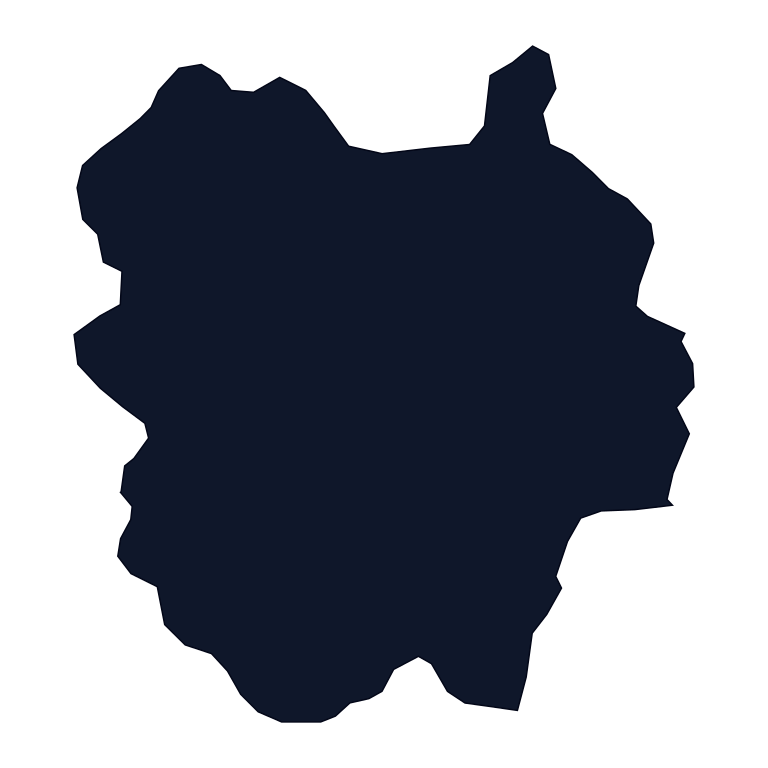 the district of Kinda, Östergötland, Sweden, rotated 180°
{"feature_id": "70781695B68012298271842", "entity_name": "Kinda", "entity_type": "district", "adm_level": 2, "iso_a3": "SWE", "parent_name": "Sweden", "parent_adm1": "Östergötland", "projection": "orthographic", "projection_center": [15.763, 58.024], "detail": "fine", "context": "isolated", "style": "filled", "palette": "ink", "viewbox_px": 768, "rotation_deg": 180, "n_neighbors": 0, "source": "geoboundaries", "source_scale": "gbopen_adm2", "svg_char_len": 1347}
<svg xmlns="http://www.w3.org/2000/svg" viewBox="0 0 768 768"><g transform="rotate(180 384 384)"><path d="M686.8,596.8L690.9,580.2L685.2,548.6L670.3,533.8L664.6,505.9L646.0,496.7L647.7,463.3L668.0,452.1L693.9,433.4L690.1,403.8L667.7,379.8L645.4,361.3L623.1,344.7L619.4,329.9L634.1,309.5L643.3,302.1L646.9,276.1L647.5,275.7L635.8,261.6L637.2,248.4L647.4,229.4L650.2,211.8L637.0,194.4L610.7,181.3L603.3,143.4L582.8,123.1L556.5,114.4L540.5,97.0L527.3,73.7L509.8,56.2L486.5,46.1L478.9,46.1L447.2,46.1L432.6,51.9L418.1,65.1L399.1,69.4L386.0,76.7L374.4,98.6L349.6,111.7L336.5,104.3L320.5,76.6L303.0,65.0L281.2,62.0L250.6,57.6L241.8,91.0L235.8,134.8L221.2,153.7L206.5,179.9L212.3,191.6L200.5,226.6L187.3,249.9L166.8,257.1L133.2,258.4L95.6,262.8L101.0,268.5L95.0,294.8L78.7,334.2L91.7,360.6L74.1,381.0L75.4,404.4L87.0,426.5L83.2,434.6L120.6,451.6L132.2,461.9L129.2,482.4L114.3,524.9L117.2,544.0L140.6,569.0L159.6,579.4L175.7,595.6L196.2,613.3L218.2,623.7L225.5,654.6L212.2,679.5L219.4,713.4L235.4,721.9L255.4,705.4L277.8,692.4L279.7,675.6L283.5,642.1L298.4,623.5L337.5,619.9L385.9,614.3L419.4,621.8L434.3,642.2L443.6,655.3L462.3,677.6L488.3,690.6L514.4,675.7L536.8,677.5L548.0,692.4L566.6,703.5L589.0,699.7L609.4,677.3L616.8,660.5L627.9,649.3L646.5,634.3L666.9,619.4L685.4,602.5L686.8,596.8Z" fill="#0f172a" stroke="#020617" stroke-width="1.5"/></g></svg>